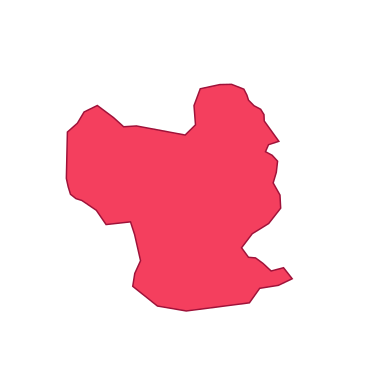 the border of Drochia, rotated 139°
{"feature_id": "MDA-1619", "entity_name": "Drochia", "entity_type": "District", "adm_level": 1, "iso_a3": "MDA", "parent_name": "Moldova", "parent_adm1": "", "projection": "mercator", "projection_center": [27.875, 48.029], "detail": "fine", "context": "isolated", "style": "filled", "palette": "rose", "viewbox_px": 384, "rotation_deg": 139, "n_neighbors": 0, "source": "natural_earth", "source_scale": "10m", "svg_char_len": 827}
<svg xmlns="http://www.w3.org/2000/svg" viewBox="0 0 384 384"><g transform="rotate(139 192 192)"><path d="M277.9,284.7L246.7,319.0L233.4,319.1L220.9,323.2L206.7,319.4L202.4,299.5L200.8,286.1L190.6,278.3L159.8,239.5L145.3,240.4L133.8,255.9L118.0,264.5L100.5,254.8L91.5,247.3L85.4,235.6L87.0,229.1L89.1,224.2L88.6,216.4L85.9,209.4L86.9,203.2L90.9,198.2L93.2,173.3L103.2,177.5L110.1,174.2L107.4,167.1L107.2,159.1L115.5,151.5L124.8,145.6L127.6,132.0L135.7,121.6L154.8,117.9L173.9,121.0L191.2,117.4L192.2,105.7L187.3,100.6L185.3,91.7L184.1,80.5L172.6,74.8L173.3,60.8L188.1,64.9L204.1,74.9L221.4,70.7L274.4,106.0L292.9,128.6L298.6,159.7L288.6,168.1L275.9,173.9L263.2,197.6L258.0,209.8L278.2,223.8L276.2,241.0L280.7,257.9L283.9,263.1L285.2,270.0L282.0,277.2L277.9,284.7Z" fill="#f43f5e" stroke="#9f1239" stroke-width="1.5"/></g></svg>